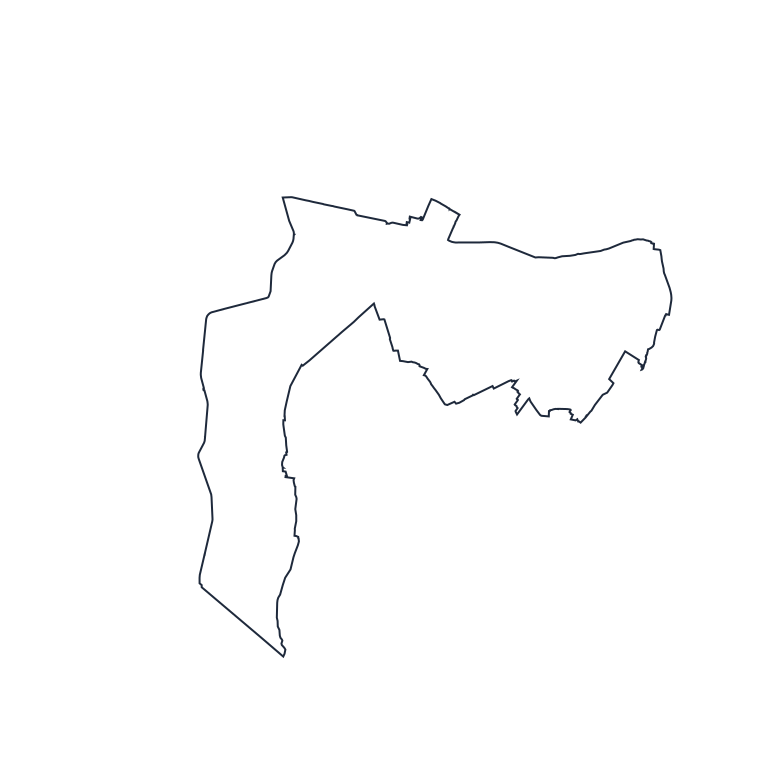 the district of Heerenveen, Friesland, Netherlands, rotated 128°
{"feature_id": "6326949B66729090316548", "entity_name": "Heerenveen", "entity_type": "district", "adm_level": 2, "iso_a3": "NLD", "parent_name": "Netherlands", "parent_adm1": "Friesland", "projection": "mercator", "projection_center": [5.979, 52.998], "detail": "fine", "context": "isolated", "style": "outline", "palette": "slate", "viewbox_px": 768, "rotation_deg": 128, "n_neighbors": 0, "source": "geoboundaries", "source_scale": "gbopen_adm2", "svg_char_len": 6082}
<svg xmlns="http://www.w3.org/2000/svg" viewBox="0 0 768 768"><g transform="rotate(128 384 384)"><path d="M299.4,578.6L313.8,559.2L319.4,549.2L320.6,547.9L322.1,546.8L322.0,546.7L322.3,546.7L325.3,544.7L327.1,543.8L328.9,543.2L338.0,541.5L340.4,541.3L343.8,541.7L352.6,544.2L354.7,544.4L356.8,544.1L364.2,541.6L365.7,540.9L367.8,539.6L380.7,530.5L386.2,528.7L387.3,528.8L388.7,529.6L422.9,555.9L433.8,564.1L435.6,564.9L437.4,565.2L439.2,565.2L440.9,564.7L442.3,564.1L468.8,547.4L468.9,547.2L488.0,535.2L489.6,534.0L491.8,531.8L498.2,523.3L498.4,523.2L498.8,523.5L499.2,523.3L500.0,522.3L499.9,522.0L499.5,521.8L499.5,521.7L506.3,512.6L507.6,511.3L508.9,510.1L535.0,493.0L535.7,492.5L535.6,492.4L535.9,492.5L536.2,492.2L539.2,490.3L541.1,489.6L552.2,487.6L553.6,487.1L555.2,486.0L556.0,485.3L557.0,484.0L577.4,452.2L579.3,450.3L595.4,436.5L596.5,435.6L598.1,434.7L627.1,421.2L628.5,420.6L628.4,420.5L628.6,420.4L628.6,420.5L629.7,420.0L647.7,411.7L650.3,410.0L654.6,406.6L654.7,403.9L656.4,402.5L659.5,323.8L660.8,295.6L657.8,296.3L654.0,298.2L653.2,300.3L652.6,303.8L651.7,305.0L648.8,306.1L648.2,307.2L647.7,309.4L646.4,311.2L642.2,315.0L640.5,318.4L636.2,322.0L634.1,324.6L622.1,333.5L619.8,334.9L617.4,335.8L613.9,336.2L604.7,340.0L597.5,342.6L587.7,343.5L576.2,348.7L572.3,350.1L564.1,352.6L560.5,354.1L558.3,356.2L558.4,356.5L557.3,357.5L557.5,357.8L557.7,359.2L558.7,361.1L554.1,364.2L553.0,365.2L546.1,368.7L541.4,372.4L537.2,376.9L528.4,382.1L527.2,383.4L525.9,385.8L519.5,390.6L519.6,391.1L519.3,391.6L517.1,394.4L515.4,396.1L513.6,396.7L518.0,404.3L517.0,404.9L516.3,403.8L516.1,404.1L513.6,407.6L515.0,410.0L512.2,412.4L512.0,412.1L512.0,412.5L510.6,414.5L508.1,416.2L503.5,417.5L501.9,418.3L501.3,418.3L499.8,417.2L498.1,419.0L497.3,418.5L497.2,418.5L492.5,423.3L486.7,428.4L485.9,430.1L485.4,430.7L479.2,437.1L477.7,438.6L474.5,441.0L473.6,439.7L470.4,442.5L470.5,442.7L465.8,446.0L457.7,449.9L443.3,456.5L419.6,460.7L419.6,459.3L411.4,457.3L369.0,449.2L353.6,446.0L347.0,445.1L326.8,441.5L327.7,440.1L328.5,439.3L336.0,427.1L333.2,424.2L333.0,423.8L332.9,423.4L343.9,407.6L344.1,407.4L345.0,407.1L349.8,400.0L350.7,399.0L352.0,397.2L351.8,396.7L350.6,395.5L349.1,393.6L355.9,385.6L354.3,383.1L352.0,378.6L349.4,376.0L349.2,374.9L348.2,373.1L347.7,371.6L347.4,369.6L346.9,368.4L347.4,367.4L348.1,367.0L348.1,366.8L346.7,362.5L346.3,360.4L345.5,359.1L352.5,358.0L352.0,356.7L352.0,355.6L353.0,352.7L353.9,349.1L354.8,347.2L355.2,346.7L355.6,344.9L356.5,341.9L357.0,339.8L358.7,334.1L360.3,330.4L362.4,324.0L362.5,323.4L361.6,321.2L354.6,317.5L355.1,315.1L352.4,313.1L347.4,311.0L346.3,311.0L337.8,306.8L337.8,307.2L337.6,307.2L337.4,306.3L318.8,297.2L320.0,294.7L305.1,287.6L302.6,286.1L302.5,285.8L303.1,284.9L303.2,284.6L301.3,283.6L301.4,282.6L301.1,282.4L301.1,282.2L299.6,281.4L307.7,281.1L307.5,279.5L307.2,278.7L307.2,277.2L306.9,275.4L306.8,274.5L306.9,274.2L308.0,274.0L308.0,272.9L308.4,272.5L308.5,270.5L314.0,270.3L314.1,270.1L314.0,268.9L314.3,268.6L319.7,268.4L319.9,267.8L319.8,266.0L320.3,265.5L320.7,263.9L324.3,263.7L324.7,263.3L326.1,260.4L309.0,260.9L306.8,260.9L305.9,260.7L307.6,257.8L310.7,247.9L312.3,241.9L312.2,241.6L312.2,240.5L308.1,234.2L303.8,237.3L303.3,236.7L302.4,237.0L301.4,236.0L299.5,234.8L298.0,233.5L296.5,231.3L296.3,231.4L291.1,224.4L290.0,222.6L289.4,221.3L289.6,220.8L291.4,220.7L291.9,220.5L292.0,218.8L292.5,218.5L292.0,216.3L296.9,215.0L294.7,210.6L292.8,210.0L293.6,208.7L293.8,208.2L293.5,208.2L293.4,205.3L286.1,204.5L285.8,204.8L285.6,204.7L285.2,204.9L284.3,205.0L284.4,204.5L278.7,204.4L277.4,204.1L270.7,204.9L258.2,205.0L257.6,204.9L253.4,202.8L244.3,203.3L242.1,203.7L241.5,209.6L209.8,214.1L208.2,197.9L208.6,197.8L210.2,197.0L210.3,196.5L210.7,196.1L210.3,192.3L210.5,192.1L211.6,192.1L212.0,191.7L211.7,190.3L211.9,190.0L212.4,189.7L213.3,190.0L214.1,189.8L213.8,189.6L212.8,189.4L211.7,189.5L210.2,190.3L209.8,190.3L209.3,190.6L209.1,191.0L208.2,191.0L206.4,191.7L206.1,191.4L205.6,191.5L205.3,191.8L205.3,192.1L203.8,192.5L202.5,193.1L202.1,193.7L201.3,194.1L201.3,194.6L200.9,194.8L200.0,195.1L199.9,194.9L199.3,194.8L198.7,195.1L198.0,195.2L197.4,195.8L196.3,196.1L194.1,197.3L193.1,196.6L190.5,195.6L188.4,195.3L186.8,195.7L185.9,196.0L185.1,196.7L179.7,199.5L173.6,202.1L173.2,202.1L172.8,201.9L172.1,200.4L171.4,200.2L157.3,204.5L156.8,204.6L156.6,204.3L155.2,204.7L154.4,202.7L154.0,202.0L141.3,209.0L139.3,210.4L137.0,212.5L135.2,214.5L132.4,218.2L125.0,230.0L124.4,231.2L123.1,232.8L120.9,234.8L116.2,240.5L114.4,242.3L112.6,244.0L108.4,248.7L108.9,250.1L111.3,253.9L111.6,254.6L107.2,257.6L107.3,258.0L108.0,258.7L108.0,259.1L108.5,260.1L108.4,260.3L107.6,260.7L107.6,261.7L108.3,263.3L108.5,264.2L109.2,265.3L110.5,268.9L112.1,270.7L113.7,273.2L115.6,274.9L116.3,275.7L117.0,276.0L118.1,276.9L119.5,277.7L125.3,282.5L138.8,290.2L141.0,291.8L142.5,293.2L145.8,295.2L157.9,306.8L160.6,309.2L161.5,310.3L161.9,311.2L164.4,312.6L165.4,313.5L168.5,316.4L173.7,322.3L177.1,324.9L179.1,326.2L179.9,327.1L180.5,328.5L188.9,340.2L191.1,342.6L199.2,370.3L201.5,378.4L202.6,381.2L204.2,384.1L207.0,387.9L214.0,396.3L228.5,414.8L229.3,416.2L230.2,418.0L230.7,419.8L231.0,421.0L231.1,422.2L230.2,422.6L219.1,425.5L217.4,425.8L216.9,426.2L216.4,426.1L213.3,426.9L212.7,427.3L211.5,427.6L210.7,427.5L205.9,428.6L204.1,428.7L204.5,432.0L204.6,431.8L205.7,439.7L205.6,440.2L205.8,440.2L205.6,440.4L205.7,440.8L206.0,443.6L205.9,443.7L206.1,445.2L206.9,450.6L206.8,450.9L207.8,456.2L209.1,460.5L216.4,458.7L230.6,454.7L231.5,454.8L232.2,456.0L229.4,456.8L229.6,457.7L231.3,458.0L232.1,458.4L232.8,459.1L233.2,459.8L236.2,466.7L237.6,465.9L237.0,465.4L241.3,463.4L242.4,465.7L243.8,464.9L243.9,464.0L244.8,463.6L247.0,467.1L251.4,476.4L252.4,477.4L254.5,478.6L255.5,480.1L256.0,480.5L255.2,481.0L254.8,482.9L254.9,483.6L266.9,507.7L267.5,508.8L267.3,509.1L267.6,509.9L265.9,513.6L265.9,513.9L265.9,514.2L268.8,520.3L274.7,532.3L275.3,533.9L275.8,534.7L279.5,542.1L279.7,542.9L284.2,552.0L285.9,555.8L287.3,558.5L293.3,571.2L293.8,572.0L296.5,575.2L299.4,578.6Z" fill="none" stroke="#1e293b" stroke-width="2"/></g></svg>